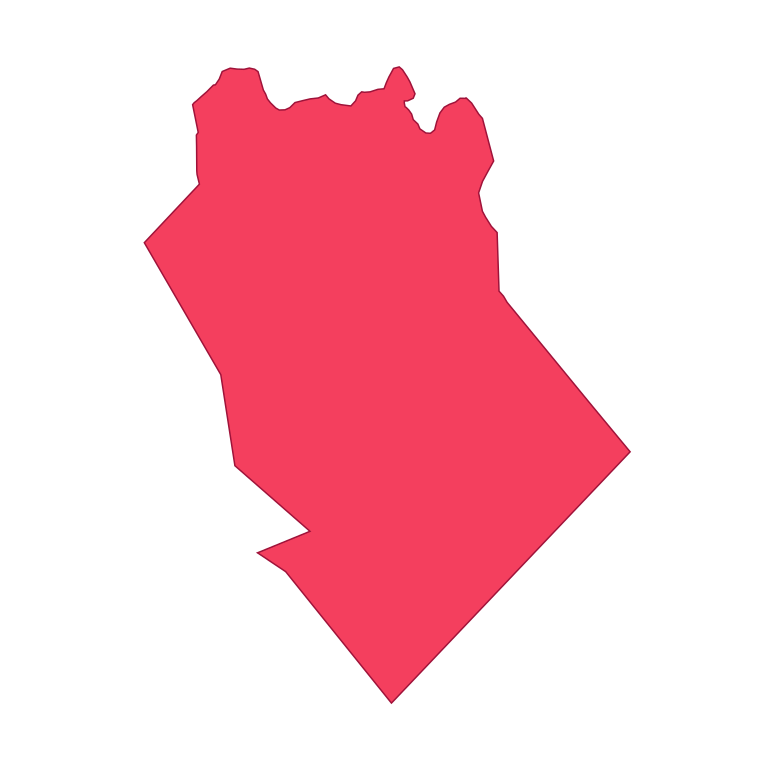 San Miguel Yotao, Oaxaca, Mexico (Albers equal-area conic projection), rotated 275°
{"feature_id": "50627088B59382094146317", "entity_name": "San Miguel Yotao", "entity_type": "district", "adm_level": 2, "iso_a3": "MEX", "parent_name": "Mexico", "parent_adm1": "Oaxaca", "projection": "albers", "projection_center": [-96.324, 17.347], "detail": "fine", "context": "isolated", "style": "filled", "palette": "rose", "viewbox_px": 768, "rotation_deg": 275, "n_neighbors": 0, "source": "geoboundaries", "source_scale": "gbopen_adm2", "svg_char_len": 1453}
<svg xmlns="http://www.w3.org/2000/svg" viewBox="0 0 768 768"><g transform="rotate(275 384 384)"><path d="M645.6,169.0L618.4,177.0L615.6,175.4L604.4,176.6L580.1,178.9L576.5,179.5L567.0,182.7L503.9,132.9L379.1,220.6L289.6,242.6L230.8,323.1L204.8,272.7L188.5,302.4L66.8,419.2L67.6,419.9L337.9,635.1L384.3,589.3L476.1,499.5L481.9,495.4L486.5,490.5L544.7,483.5L550.4,477.2L559.1,470.6L564.6,467.0L582.6,461.6L583.5,461.8L594.5,464.5L606.0,469.5L615.7,473.8L657.2,458.9L660.9,455.0L671.5,446.8L676.1,441.0L676.1,440.8L675.7,440.8L675.3,434.9L671.1,430.7L668.3,424.8L665.0,419.9L658.9,416.1L649.6,413.6L641.5,412.3L637.8,408.4L637.7,403.8L641.3,397.5L645.9,395.1L649.9,390.1L655.3,388.0L659.2,384.7L661.5,381.9L661.8,381.2L662.0,380.8L665.8,379.7L667.8,379.6L668.1,382.8L671.2,388.2L675.8,389.6L687.2,383.5L691.8,380.4L698.7,375.0L701.2,371.5L699.2,366.0L694.1,363.8L690.5,362.2L684.5,360.1L678.1,358.3L677.0,352.2L673.8,344.6L672.9,339.1L673.1,336.3L669.5,332.9L663.6,331.0L658.1,326.8L658.5,316.9L659.5,311.0L663.3,304.3L667.0,300.6L663.2,293.6L661.6,285.6L659.2,278.3L656.6,270.8L651.1,266.1L648.5,261.5L647.8,255.8L649.5,252.1L654.2,246.4L657.8,243.0L662.5,240.8L666.3,238.2L684.2,231.3L686.2,227.9L686.3,227.7L687.0,222.3L685.3,217.2L684.9,210.2L685.2,203.6L685.2,203.2L681.2,195.6L673.4,193.3L667.4,190.0L666.9,188.0L663.7,185.3L659.8,182.1L654.3,176.8L649.9,172.8L647.7,170.4L645.6,169.0Z" fill="#f43f5e" stroke="#9f1239" stroke-width="1.5"/></g></svg>